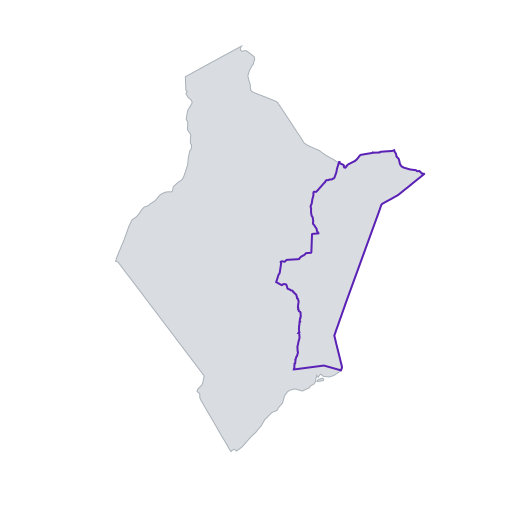 North-Eastern on a map of Kenya (Natural Earth projection), rotated 20°
{"feature_id": "KEN-893", "entity_name": "North-Eastern", "entity_type": "Province", "adm_level": 1, "iso_a3": "KEN", "parent_name": "Kenya", "parent_adm1": "", "projection": "natural_earth1", "projection_center": [39.831, 1.103], "detail": "fine", "context": "in_parent", "style": "outline", "palette": "violet", "viewbox_px": 512, "rotation_deg": 20, "n_neighbors": 0, "source": "natural_earth", "source_scale": "10m", "svg_char_len": 7827}
<svg xmlns="http://www.w3.org/2000/svg" viewBox="0 0 512 512"><g transform="rotate(20 256 256)"><path d="M125.8,308.9L125.7,302.5L126.5,286.1L126.4,271.7L127.1,264.5L130.2,260.0L131.6,256.7L132.6,252.0L134.2,248.3L137.9,245.2L138.5,243.5L142.4,238.4L144.7,231.8L146.4,229.5L148.6,227.4L150.2,226.3L152.7,225.3L154.7,224.6L155.0,224.1L155.2,223.0L154.6,219.0L155.4,217.6L156.8,214.9L158.3,212.3L159.7,210.7L160.5,209.1L160.9,206.2L160.9,204.1L160.9,200.8L160.5,193.2L158.8,186.9L157.8,179.8L158.6,177.5L157.3,173.3L156.6,173.1L155.6,172.2L154.3,168.3L153.3,164.7L152.6,163.8L148.3,160.7L146.1,153.3L143.7,151.6L142.3,144.3L142.1,142.2L143.5,134.9L143.4,133.3L141.9,131.7L137.8,130.1L134.5,127.1L134.9,126.1L135.2,125.0L133.4,124.2L128.3,111.7L134.9,104.2L141.5,96.6L150.0,87.0L157.8,78.1L164.6,70.5L170.6,63.7L170.4,65.0L170.4,66.7L171.2,67.8L172.4,68.5L174.1,67.7L175.6,66.7L177.1,66.5L186.1,69.3L187.6,71.8L187.5,74.4L187.9,76.4L187.2,78.3L186.4,84.2L186.7,89.5L189.3,93.5L191.8,96.6L193.7,101.0L195.1,102.4L197.0,103.1L203.2,103.3L212.4,103.5L221.2,103.8L222.0,103.9L223.9,104.5L232.0,110.4L239.4,115.9L245.7,120.6L251.8,125.2L257.8,129.6L262.4,133.3L266.9,134.4L274.3,135.0L279.4,135.2L284.1,136.7L291.1,138.2L296.4,138.9L299.5,139.7L308.3,140.6L309.8,140.1L313.6,136.0L318.0,129.3L319.7,125.7L325.3,122.0L335.1,116.9L342.1,113.3L349.8,109.7L353.3,112.9L358.1,117.9L360.3,120.4L362.0,121.5L364.6,122.2L367.8,122.2L369.6,122.1L373.1,121.4L381.5,120.8L386.3,120.9L382.3,127.5L377.4,135.5L368.6,150.2L361.8,157.9L356.7,163.8L356.3,164.8L356.3,171.3L356.4,187.2L356.5,219.1L356.6,250.9L356.7,282.7L356.7,298.6L356.8,304.0L361.2,310.7L365.6,317.2L371.4,325.8L374.5,330.5L375.0,332.0L374.8,335.1L370.1,341.6L366.2,344.6L360.9,346.0L359.4,345.7L357.3,344.8L356.5,346.3L355.9,348.7L354.7,348.2L353.9,347.5L354.4,351.8L354.9,353.9L354.1,356.8L351.6,359.3L351.4,361.4L345.8,367.0L338.0,367.6L333.9,370.4L332.1,372.6L330.7,377.6L331.2,385.1L329.0,390.9L328.6,393.9L324.5,397.6L322.8,401.1L321.4,404.6L320.3,406.2L318.9,414.1L317.0,418.9L316.5,420.5L316.1,421.9L314.6,424.7L313.7,426.7L313.0,427.9L308.2,440.2L304.5,445.8L301.6,445.1L299.6,447.3L299.4,448.3L298.4,447.7L296.0,445.7L291.0,441.5L285.9,437.4L280.9,433.2L275.9,429.0L270.9,424.8L265.9,420.7L260.9,416.5L255.9,412.3L253.0,409.9L251.7,408.4L250.6,405.5L250.1,404.8L248.8,403.9L247.2,403.7L246.8,403.2L246.8,401.8L247.3,399.8L249.2,395.9L249.4,393.7L249.0,391.1L248.4,387.0L247.9,386.1L244.6,384.0L237.7,379.5L230.7,375.0L223.7,370.5L216.8,366.0L209.8,361.5L202.9,357.0L195.9,352.5L188.9,348.0L182.0,343.5L175.0,339.0L168.1,334.5L161.1,330.0L154.1,325.5L147.2,321.0L140.2,316.6L133.3,312.1L130.7,310.4L128.3,308.9L125.8,308.9ZM357.3,352.6L356.1,352.9L356.7,350.8L360.3,348.0L361.7,348.6L362.0,349.3L361.9,349.8L361.3,350.4L357.3,352.6Z" fill="#d9dde1" stroke="#a8b0b8" stroke-width="1"/><path d="M349.7,109.3L350.4,110.4L352.4,111.9L353.2,113.0L353.8,114.2L354.1,114.5L354.7,114.9L356.2,115.5L356.8,115.9L357.6,116.8L359.7,120.2L361.2,121.5L362.7,122.2L364.5,122.4L367.8,122.2L371.4,122.0L373.1,121.5L373.9,121.4L376.6,120.7L377.1,120.7L377.9,121.1L378.4,121.2L378.9,121.1L380.3,120.2L381.8,120.8L383.2,121.6L384.7,122.0L386.3,120.9L383.6,125.4L380.8,130.0L378.1,134.5L375.4,139.1L373.7,141.8L372.0,144.6L370.3,147.4L368.6,150.2L365.9,153.3L363.3,156.4L360.6,159.4L357.9,162.5L356.8,163.8L356.3,164.8L356.3,166.9L356.4,171.7L356.4,176.8L356.4,179.6L356.4,183.6L356.4,187.7L356.4,191.7L356.4,195.7L356.4,200.4L356.4,205.1L356.4,209.9L356.4,214.6L356.4,219.3L356.4,224.0L356.4,224.7L356.4,228.7L356.4,233.5L356.4,238.2L356.4,242.9L356.4,247.6L356.4,252.3L356.4,257.0L356.4,261.8L356.4,266.5L356.4,271.2L356.5,274.3L356.5,276.9L356.5,279.4L356.6,283.5L356.6,287.6L356.7,291.7L356.7,295.8L356.7,298.5L356.8,301.1L356.8,304.0L357.6,305.2L358.5,306.5L359.3,307.7L360.1,309.0L361.7,311.4L363.4,313.9L365.2,316.6L366.7,318.8L368.3,321.2L370.0,323.7L371.6,326.2L373.3,328.6L374.5,330.5L374.9,331.3L375.0,332.0L374.9,334.4L357.5,335.7L357.3,335.7L332.1,348.8L330.3,349.6L330.2,348.9L330.2,348.6L330.3,348.3L330.2,347.7L329.7,346.6L329.3,344.5L329.0,344.0L329.2,343.8L329.4,343.6L329.5,343.4L329.3,342.9L329.0,341.1L328.9,340.8L328.5,340.4L328.4,340.1L328.4,339.8L328.5,339.4L328.6,339.1L328.4,337.4L328.4,336.7L328.5,336.6L328.7,336.3L328.8,336.0L328.8,335.9L328.6,334.9L328.5,332.5L328.3,331.9L327.8,331.4L327.6,331.0L326.2,327.7L326.0,327.4L325.9,327.0L325.7,324.6L325.4,323.2L325.2,321.8L325.0,318.6L324.6,317.1L323.9,316.1L323.8,315.3L323.4,314.6L322.8,314.0L322.1,314.0L322.4,313.3L322.5,313.0L322.8,312.7L322.3,312.1L321.1,309.4L320.9,308.4L320.7,307.7L320.3,306.9L320.3,306.2L320.3,305.9L319.8,304.2L319.7,303.9L319.8,303.6L319.8,303.3L319.9,302.8L319.7,302.8L319.4,302.8L319.3,302.5L319.2,301.3L318.8,300.0L318.7,299.5L319.0,298.9L318.7,298.6L318.7,298.0L318.7,297.4L318.7,297.1L317.7,295.4L317.6,294.8L317.4,294.2L317.1,293.8L316.7,293.5L316.2,293.3L315.4,293.2L315.0,293.0L314.9,292.7L314.0,291.6L313.8,291.6L313.8,291.0L313.7,290.6L313.4,290.3L313.1,290.2L312.8,289.6L311.6,284.2L311.1,283.3L310.6,282.9L310.5,282.7L310.2,282.1L310.0,281.9L309.7,281.7L309.2,281.8L308.9,281.6L308.5,280.6L308.3,280.2L307.9,279.9L307.6,279.3L307.2,278.8L306.6,278.5L306.2,278.2L305.1,277.9L304.9,277.9L304.8,277.7L304.6,277.4L304.3,277.3L303.4,277.1L303.0,276.8L302.7,276.5L302.2,276.2L301.5,276.1L300.8,276.3L300.2,276.4L299.6,276.0L296.8,275.9L295.1,273.5L294.7,273.1L294.4,272.8L294.3,272.6L294.0,272.5L293.0,272.5L292.0,272.8L291.5,273.0L291.1,273.2L290.9,273.6L290.7,274.1L290.4,274.5L290.0,274.6L283.9,273.6L283.6,265.7L283.9,264.9L284.0,264.7L284.0,264.4L283.9,263.0L282.1,254.2L281.4,253.5L281.3,253.4L281.2,253.2L281.3,253.0L281.4,252.7L281.5,252.6L282.2,252.1L282.3,252.1L282.5,252.0L284.5,251.7L284.8,251.6L285.0,251.4L285.5,250.5L285.9,249.5L286.0,249.3L286.1,249.2L286.3,249.1L286.5,249.0L297.3,244.3L297.5,244.1L297.6,243.9L297.7,243.4L297.7,243.1L298.1,242.2L299.0,240.7L299.5,240.1L300.2,239.5L300.6,239.1L301.0,238.5L302.0,236.4L302.2,236.1L306.1,234.4L306.5,234.2L306.7,233.6L306.7,233.4L301.3,216.7L301.2,216.3L301.4,216.0L301.8,215.8L306.9,213.4L306.9,213.2L306.2,212.8L306.1,212.7L305.9,212.6L305.7,212.3L305.6,212.2L305.3,212.1L305.1,212.0L305.0,211.9L304.2,210.9L304.1,210.6L304.0,210.4L303.9,210.2L303.8,209.9L303.5,209.6L303.3,209.4L301.3,208.1L301.1,207.9L300.6,207.4L300.0,207.0L299.2,206.7L298.9,206.5L298.5,205.9L298.4,205.8L298.3,205.6L298.2,205.5L297.9,203.8L297.6,203.0L297.4,202.8L297.1,202.3L297.0,202.2L296.9,202.0L296.6,201.3L296.3,200.7L296.2,200.5L295.7,200.0L294.6,199.2L294.4,198.9L293.0,196.6L292.1,194.3L291.6,192.7L291.4,192.4L291.2,192.1L291.0,191.9L290.9,191.8L290.7,191.2L290.5,190.9L290.3,190.6L290.3,190.2L290.3,189.6L290.4,188.4L290.4,187.5L290.3,187.3L290.1,185.9L290.1,185.7L289.9,185.3L289.5,183.0L289.4,180.9L289.0,178.6L288.5,177.5L288.3,176.9L288.3,176.7L288.3,176.4L288.3,176.2L288.4,175.9L288.8,175.7L290.6,175.1L291.2,173.9L295.3,163.4L295.5,163.3L295.7,163.1L295.7,162.3L295.7,161.8L295.8,161.5L295.9,161.3L296.1,160.9L296.3,160.7L296.5,160.6L296.7,160.4L297.6,160.2L297.9,160.0L298.1,159.9L298.7,159.2L298.9,159.0L299.2,158.8L300.9,158.2L301.2,158.0L301.4,157.8L301.8,157.2L301.9,156.9L302.6,156.4L302.7,156.2L302.8,155.9L302.9,155.3L302.9,150.3L302.6,148.1L302.3,146.8L301.9,139.8L301.9,139.2L302.1,139.1L302.5,139.1L302.6,139.5L302.3,140.2L306.4,140.4L307.4,140.8L307.7,141.2L307.9,141.7L308.1,142.2L308.6,142.6L309.7,142.5L310.2,141.5L310.9,139.0L311.8,137.8L313.9,135.6L316.5,132.9L317.1,131.9L317.7,130.8L318.6,128.0L319.2,126.0L319.9,125.1L322.7,123.5L325.5,121.9L328.6,120.2L330.1,119.3L330.3,119.1L330.2,118.9L330.3,118.7L330.6,118.7L330.7,118.8L330.8,118.8L334.2,117.5L336.7,116.5L336.9,116.3L337.1,115.7L337.3,115.5L341.5,113.6L345.0,112.1L347.7,110.9L349.7,109.3Z" fill="none" stroke="#5b21b6" stroke-width="2"/></g></svg>